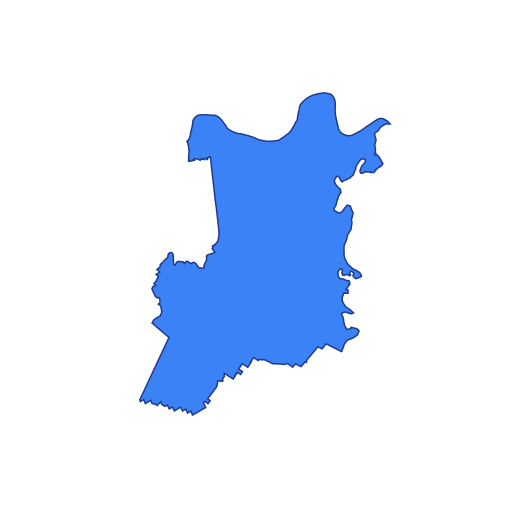 the district of Chacaltianguis, Veracruz, Mexico, rotated 34°
{"feature_id": "50627088B48878953618841", "entity_name": "Chacaltianguis", "entity_type": "district", "adm_level": 2, "iso_a3": "MEX", "parent_name": "Mexico", "parent_adm1": "Veracruz", "projection": "natural_earth1", "projection_center": [-95.805, 18.211], "detail": "fine", "context": "isolated", "style": "filled", "palette": "blue", "viewbox_px": 512, "rotation_deg": 34, "n_neighbors": 0, "source": "geoboundaries", "source_scale": "gbopen_adm2", "svg_char_len": 6123}
<svg xmlns="http://www.w3.org/2000/svg" viewBox="0 0 512 512"><g transform="rotate(34 256 256)"><path d="M240.1,440.4L241.6,441.3L243.2,437.9L246.8,440.2L249.4,434.6L252.3,436.4L256.2,434.9L257.5,435.3L258.7,429.9L260.4,431.5L261.2,431.7L264.5,431.7L265.9,429.1L269.6,431.3L271.2,427.9L274.9,430.1L278.1,423.5L281.8,425.6L283.4,422.2L287.1,424.5L288.7,421.0L292.3,423.4L294.1,419.9L299.0,409.7L294.3,406.9L294.9,405.1L298.7,405.3L298.9,401.6L295.8,401.4L296.5,387.1L296.3,385.4L294.0,380.9L298.4,378.6L298.3,377.9L296.9,376.4L297.2,373.8L295.2,371.0L306.0,370.7L305.8,368.5L305.8,366.9L305.3,366.9L305.1,365.6L305.2,364.9L305.9,364.8L305.5,362.8L309.5,362.8L309.5,359.4L304.8,359.4L304.9,352.9L311.4,352.9L311.4,347.1L310.9,347.1L310.9,341.5L316.3,341.5L316.3,339.7L318.8,339.0L319.6,338.2L321.7,337.0L324.4,336.8L326.2,336.3L329.1,336.2L331.0,335.6L332.1,334.4L333.9,333.6L337.8,331.2L339.4,330.6L342.4,327.5L348.6,327.6L349.0,323.4L355.2,322.5L355.9,316.1L357.3,316.0L356.3,313.7L358.1,296.6L362.7,296.0L363.3,289.6L380.4,287.4L379.2,282.0L378.5,279.9L378.6,277.5L378.5,276.5L379.4,273.7L381.0,271.7L382.5,269.1L384.2,264.8L384.1,263.6L383.7,262.8L383.5,260.7L381.8,259.9L380.2,260.1L379.7,260.0L378.2,260.7L375.7,261.6L375.4,261.5L374.7,262.1L375.1,262.8L374.7,263.8L372.4,266.0L371.9,266.0L371.1,265.4L369.8,265.0L369.0,264.5L365.9,261.8L363.4,259.1L361.6,257.6L359.8,256.7L359.2,255.8L359.6,254.5L361.0,252.9L362.2,252.1L364.2,251.8L367.6,250.5L368.6,248.6L364.4,248.0L358.6,247.9L354.7,246.3L352.6,244.9L350.4,241.9L350.0,240.7L350.4,240.4L349.8,239.5L349.6,237.2L350.5,237.2L353.1,235.5L351.5,232.8L349.3,233.4L349.5,227.3L349.1,227.4L349.0,226.4L348.5,225.5L346.7,224.5L344.9,225.7L341.2,226.2L338.6,227.7L337.8,227.8L335.1,226.5L333.0,223.5L332.7,222.5L332.7,221.7L333.1,220.2L334.0,218.7L334.9,218.9L335.8,220.0L336.6,221.3L336.7,222.2L338.7,223.4L339.9,222.7L342.1,220.1L343.0,220.0L344.4,220.3L345.1,219.1L344.7,218.6L343.9,218.5L343.0,217.4L343.0,216.4L343.5,215.4L343.9,215.2L346.5,215.4L347.0,216.2L347.3,217.9L348.2,218.7L351.5,219.0L354.3,215.2L354.7,214.2L354.5,213.4L351.4,211.8L346.3,211.9L343.5,212.5L336.4,211.3L333.0,209.5L331.7,209.0L328.4,205.9L323.9,199.4L323.3,198.0L322.7,196.6L322.4,193.9L321.8,191.2L320.1,187.2L319.8,180.2L319.1,179.6L317.4,175.6L316.0,173.6L314.3,172.1L314.4,170.8L313.3,168.4L312.9,166.8L312.5,166.2L311.1,165.1L309.9,164.5L306.1,161.8L303.4,162.7L303.1,163.1L302.8,165.5L302.6,169.2L302.8,169.9L302.0,172.5L300.6,174.3L299.2,174.0L296.6,174.7L295.7,174.2L294.6,173.8L294.4,173.5L294.1,172.4L293.9,169.0L293.0,167.1L292.5,165.1L291.9,164.5L292.0,163.1L290.9,160.1L290.8,155.6L289.5,154.4L288.6,153.9L288.3,153.4L284.5,153.0L283.8,152.6L282.2,152.2L281.0,151.6L278.8,149.8L278.5,148.7L278.4,147.5L278.4,145.4L278.8,144.3L279.6,143.7L282.7,145.1L283.9,146.1L286.0,146.4L286.1,145.4L287.4,143.2L288.4,142.2L289.5,139.6L290.5,138.4L290.3,137.2L291.3,134.9L290.7,131.4L290.3,130.4L289.9,127.7L288.9,125.7L288.6,123.9L288.8,117.7L289.2,116.8L290.0,115.9L290.9,115.4L292.4,115.0L292.8,115.2L293.6,116.0L293.9,117.1L293.7,120.4L293.3,121.7L294.0,125.5L294.3,126.7L294.9,127.7L295.8,128.5L296.4,128.7L297.4,128.4L299.5,125.5L299.4,125.2L299.9,124.7L301.5,124.0L303.4,122.4L304.1,122.9L305.7,121.5L306.2,121.3L306.6,121.4L307.0,120.9L307.3,118.4L307.3,117.8L306.8,117.6L306.9,117.4L307.3,117.0L307.3,116.7L307.9,115.8L307.8,114.9L308.0,114.2L308.8,113.1L308.5,112.6L309.1,112.4L309.5,111.2L309.5,109.1L309.6,108.5L305.2,106.3L302.3,105.0L299.4,104.5L298.8,105.6L297.5,105.7L297.1,105.0L297.4,104.6L297.3,104.0L297.7,103.6L296.7,103.1L295.3,100.6L292.9,98.2L291.9,96.5L291.3,94.1L290.2,92.2L286.3,88.9L285.8,87.6L286.3,86.1L287.1,84.4L287.3,82.7L287.1,80.5L287.5,78.4L289.8,74.0L291.6,72.6L293.3,71.6L289.8,70.7L285.4,70.9L282.9,71.9L281.3,73.3L279.9,75.7L275.3,86.9L273.0,93.2L270.0,98.8L268.3,101.8L266.7,103.7L264.7,105.0L262.2,105.9L258.0,106.4L254.3,105.2L249.0,100.5L242.9,94.6L240.1,91.0L237.2,86.3L235.1,83.6L233.0,81.8L230.3,80.5L227.5,80.0L221.7,82.3L217.5,86.0L213.7,90.3L212.2,92.4L210.5,95.5L209.4,98.6L208.6,101.7L208.2,104.4L208.3,107.0L209.7,110.0L210.8,113.1L213.6,119.3L214.2,120.2L214.0,122.7L214.4,124.8L214.9,131.0L214.7,135.1L212.1,142.6L210.1,147.4L206.4,150.9L201.6,154.4L197.5,156.4L193.1,158.1L187.8,159.0L183.2,160.3L175.4,163.0L171.8,164.9L168.1,165.7L164.7,166.3L162.1,166.4L159.9,165.9L157.4,164.6L151.0,162.4L148.0,161.8L145.9,161.7L143.4,162.3L132.9,168.6L130.8,170.2L129.2,171.8L128.2,174.1L127.8,177.3L128.3,179.4L130.9,184.7L131.9,187.8L132.7,189.8L133.1,191.4L134.0,192.3L134.7,194.7L135.2,197.3L134.5,199.6L136.0,200.3L139.4,203.4L142.6,207.5L143.5,209.4L147.1,215.2L147.8,214.7L150.8,211.7L150.3,211.0L151.5,210.9L150.9,209.6L152.7,208.5L156.2,207.8L155.8,206.8L157.8,205.8L157.6,205.3L159.1,204.9L158.8,204.1L160.0,203.1L161.2,203.7L161.7,202.9L160.7,201.9L162.0,200.5L161.8,199.9L162.5,199.4L162.9,199.5L191.6,233.2L195.7,237.7L208.9,253.2L213.2,258.5L215.8,264.2L216.0,265.4L215.7,269.9L215.3,269.9L214.3,272.2L215.6,272.8L215.5,274.4L219.8,275.8L218.8,277.8L215.8,281.5L214.9,282.9L214.9,283.2L215.2,284.1L217.2,286.7L217.9,291.6L218.7,294.0L219.5,295.3L218.8,295.9L215.6,297.5L214.3,297.4L210.8,296.0L208.7,295.8L208.0,295.9L207.6,296.3L207.0,297.2L206.8,298.1L204.3,299.0L202.9,298.5L201.9,299.0L201.2,299.5L201.1,300.0L201.0,300.8L201.2,302.3L200.8,302.5L199.4,301.6L198.5,301.7L197.2,302.7L194.9,303.6L194.3,304.3L193.7,306.1L194.0,308.0L193.7,309.1L192.6,309.1L190.5,306.6L187.2,301.8L185.1,300.4L184.1,300.4L183.2,300.9L182.5,302.0L182.3,303.0L182.3,303.9L183.4,305.8L183.3,307.8L182.4,310.9L182.5,312.0L182.3,313.2L181.6,315.5L181.4,316.9L182.3,317.4L182.3,319.8L181.4,322.5L185.3,323.2L183.5,327.2L186.4,327.2L186.9,331.0L187.3,331.1L186.8,336.0L189.2,336.3L187.6,339.3L188.1,341.5L194.5,345.4L195.9,345.9L197.9,345.9L198.4,345.1L198.9,344.7L199.9,345.1L201.7,347.2L202.3,348.2L201.9,350.6L204.0,350.5L205.3,351.1L207.4,353.1L208.6,354.6L209.3,355.0L209.5,355.8L209.7,358.2L210.0,358.9L210.0,359.4L208.0,363.2L207.1,365.8L207.0,366.5L207.3,369.7L229.4,372.2L240.1,440.4Z" fill="#3b82f6" stroke="#1e3a8a" stroke-width="1.5"/></g></svg>